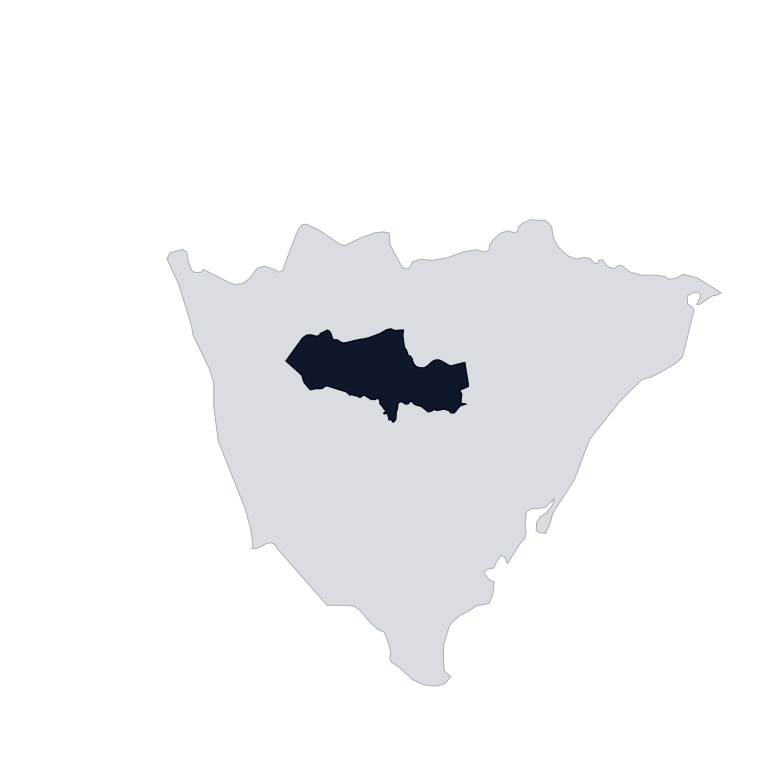 Matagalpa on a map of Nicaragua (Albers equal-area conic projection), rotated 29°
{"feature_id": "NIC-666", "entity_name": "Matagalpa", "entity_type": "Department", "adm_level": 1, "iso_a3": "NIC", "parent_name": "Nicaragua", "parent_adm1": "", "projection": "albers", "projection_center": [-85.323, 12.952], "detail": "fine", "context": "in_parent", "style": "filled", "palette": "ink", "viewbox_px": 768, "rotation_deg": 29, "n_neighbors": 0, "source": "natural_earth", "source_scale": "10m", "svg_char_len": 5320}
<svg xmlns="http://www.w3.org/2000/svg" viewBox="0 0 768 768"><g transform="rotate(29 384 384)"><path d="M634.7,140.8L631.7,145.0L628.3,147.8L621.4,161.5L618.9,162.8L618.4,152.7L614.1,151.4L609.2,155.0L606.5,160.2L610.9,167.0L614.7,167.0L619.3,168.8L632.0,215.5L629.4,223.9L621.9,237.0L614.6,248.1L607.4,255.1L598.6,284.6L590.7,332.6L596.9,375.6L594.2,415.5L596.8,424.8L597.7,436.5L591.7,438.7L588.2,438.4L584.7,431.2L585.0,424.9L588.6,417.4L590.0,407.4L588.3,402.1L584.8,413.6L578.5,418.8L574.4,420.6L570.4,426.4L574.8,437.3L580.3,445.2L582.1,450.9L580.2,457.8L579.1,481.0L577.1,480.4L575.1,477.3L569.3,477.1L568.7,486.5L569.2,491.7L564.3,495.8L562.5,499.8L566.6,502.6L571.0,504.3L576.5,503.9L581.1,515.4L582.5,524.8L572.1,533.5L568.6,540.7L562.8,549.4L559.5,557.9L558.5,564.0L562.7,583.4L570.0,597.1L576.1,605.8L584.2,607.7L582.3,616.9L576.3,622.8L565.3,627.7L553.1,628.7L533.2,624.2L525.1,623.7L521.9,621.3L520.9,616.7L515.2,610.0L504.7,600.9L498.7,601.6L488.9,599.7L472.6,593.5L465.0,592.8L454.2,598.1L441.7,605.1L411.3,594.3L390.0,586.7L370.9,579.8L365.8,577.2L361.6,577.7L358.0,581.3L353.8,587.7L352.4,589.5L350.2,591.2L347.8,591.7L347.7,588.7L338.3,576.1L323.5,560.8L266.7,514.1L245.9,486.1L234.8,466.0L224.2,455.5L193.6,434.0L186.6,425.5L156.5,396.7L133.5,379.8L133.3,372.7L142.8,363.9L147.5,364.3L152.5,370.7L160.7,378.0L164.5,378.1L170.2,374.8L170.4,371.4L201.5,370.2L207.0,368.4L212.7,363.2L215.6,355.9L216.1,348.8L217.3,343.8L222.4,338.9L231.4,337.4L238.4,336.9L240.5,333.6L238.5,322.9L234.8,296.8L234.1,289.5L235.4,284.1L238.3,282.1L252.0,280.9L277.9,283.2L282.9,281.6L293.4,266.8L303.1,255.9L310.0,251.1L315.4,249.6L321.7,259.3L343.6,273.2L347.3,272.3L349.4,271.6L350.1,269.6L349.8,263.2L355.2,257.4L366.6,252.2L378.0,243.0L389.5,229.8L399.4,222.1L407.8,219.8L411.0,216.2L409.0,211.3L409.7,204.3L413.0,195.3L417.9,190.1L424.3,188.7L426.9,185.9L425.5,181.7L426.8,177.0L432.5,169.3L446.3,162.7L454.2,164.9L460.8,173.7L470.1,179.7L482.1,182.8L491.5,181.6L498.1,176.1L504.0,174.4L509.3,176.6L512.1,175.3L512.4,170.7L515.2,169.6L520.4,172.1L525.0,172.7L529.0,171.5L530.5,169.2L531.3,166.9L534.3,165.2L544.7,166.8L556.3,164.1L569.2,156.9L577.7,153.8L581.9,154.5L587.0,150.9L592.8,143.0L606.2,139.3L634.7,140.8Z" fill="#d9dde1" stroke="#a8b0b8" stroke-width="1"/><path d="M398.1,409.7L398.8,406.8L398.9,406.5L398.1,405.9L396.3,405.8L394.2,404.6L390.5,403.3L389.8,402.9L389.4,401.8L388.4,400.7L387.3,399.8L386.3,399.5L385.7,399.3L384.8,400.0L384.6,400.2L384.5,400.6L384.2,401.2L383.9,401.6L383.7,401.8L383.2,402.1L382.7,402.4L381.8,402.6L381.5,402.8L381.3,403.0L381.2,403.2L380.6,403.4L379.4,403.6L372.3,403.2L371.9,403.2L371.6,403.4L371.4,403.6L371.2,403.8L369.8,406.7L369.4,407.2L369.0,407.3L368.3,407.4L366.2,407.4L365.7,407.5L364.7,408.1L362.4,408.5L361.1,408.7L359.7,409.9L359.2,410.1L358.9,410.1L358.3,409.7L356.5,409.4L355.0,409.0L335.6,413.0L333.8,413.9L331.8,418.1L326.5,421.1L325.9,421.5L322.6,424.5L320.7,424.2L313.8,421.5L312.8,420.7L311.5,419.7L309.8,417.8L308.2,416.3L306.2,415.6L287.2,411.3L288.4,401.3L289.8,389.9L290.1,387.1L290.7,383.0L292.5,379.3L292.9,378.8L293.8,378.0L296.3,376.6L297.6,376.1L300.4,375.5L301.9,375.0L302.8,374.3L303.3,373.7L303.6,373.1L304.3,370.2L308.5,364.4L309.1,364.4L310.6,364.4L311.6,364.8L313.2,365.8L315.0,367.6L318.8,370.5L320.2,368.7L320.8,368.4L322.1,368.2L326.2,368.4L327.6,368.2L328.7,367.8L331.2,366.1L337.5,360.1L342.7,355.7L343.9,355.0L348.1,351.3L356.2,341.8L358.2,338.4L359.8,335.8L361.4,334.0L363.7,332.4L366.3,332.4L368.5,331.6L374.7,327.5L377.0,332.7L382.7,340.4L384.9,342.6L386.4,343.2L386.9,343.5L387.6,344.0L390.7,346.9L391.0,347.1L391.3,347.2L391.6,347.3L391.9,347.3L392.6,347.2L393.2,347.0L393.6,347.0L394.1,347.2L394.9,347.7L396.5,348.5L396.9,348.8L397.1,349.2L397.2,350.2L397.4,350.4L398.8,350.6L399.5,351.7L403.0,353.1L404.2,353.3L407.1,352.6L410.3,351.1L411.4,350.3L412.3,349.1L413.7,346.3L415.0,342.3L415.9,340.2L417.4,338.2L420.2,336.5L423.9,336.1L431.3,336.3L433.0,336.1L434.0,335.7L444.1,326.2L444.6,326.3L445.0,326.8L445.6,327.9L456.8,342.1L458.8,345.2L454.0,351.6L453.7,352.2L453.3,353.0L453.6,353.1L453.8,353.3L454.6,354.0L454.9,354.2L455.1,354.3L455.4,354.4L455.7,354.5L456.0,354.6L456.4,355.0L457.3,356.1L457.4,356.4L458.1,358.6L459.7,362.0L460.0,362.4L460.4,362.8L460.6,363.0L460.9,363.1L461.2,363.2L461.5,363.3L461.9,363.3L462.3,363.2L462.6,363.2L463.8,362.4L464.1,362.3L464.4,362.2L464.7,362.2L465.0,362.2L464.9,362.3L464.5,362.6L463.7,363.2L463.7,363.3L461.3,365.9L460.9,366.8L460.2,370.7L460.0,372.3L459.9,372.7L459.5,373.8L459.2,375.5L458.9,375.6L458.4,375.5L457.8,375.8L456.6,376.7L456.1,376.7L455.4,376.2L454.0,375.8L452.4,375.9L450.3,376.4L449.0,376.6L447.4,377.7L445.0,380.0L442.5,381.7L440.3,381.3L439.5,383.2L438.3,384.9L437.6,385.6L436.3,386.5L435.8,387.0L434.4,386.5L427.8,385.4L426.6,385.5L423.6,386.4L422.0,386.7L420.7,386.8L419.4,386.6L417.5,386.0L416.5,385.9L415.4,386.0L415.0,386.6L415.0,388.4L414.6,389.5L413.4,390.6L412.3,391.0L411.0,390.9L409.7,390.8L408.1,390.9L407.1,391.4L406.4,392.2L405.9,393.1L405.7,394.2L405.9,395.3L406.9,397.4L407.4,398.7L408.3,402.6L411.2,408.8L411.3,410.1L411.1,411.2L410.9,412.1L410.4,412.8L409.7,412.8L409.1,412.3L408.1,411.6L407.1,411.2L406.6,411.6L406.3,412.8L405.6,412.6L402.1,408.6L400.8,408.4L398.9,409.7L398.1,409.7Z" fill="#0f172a" stroke="#020617" stroke-width="1.5"/></g></svg>